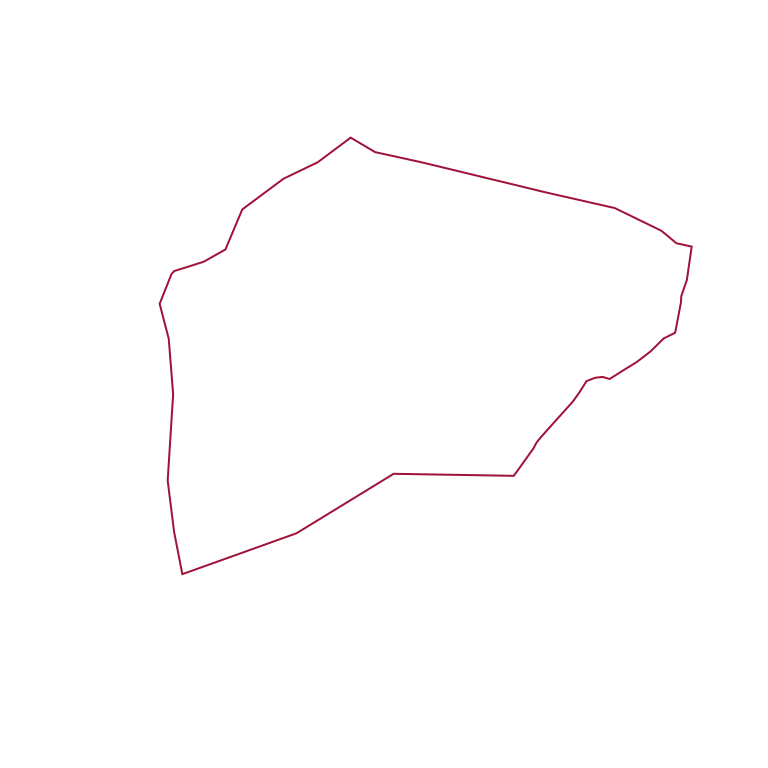 Rose Hill, Castries, Saint Lucia (Mercator projection), rotated 116°
{"feature_id": "8701671B64973472521789", "entity_name": "Rose Hill", "entity_type": "district", "adm_level": 2, "iso_a3": "LCA", "parent_name": "Saint Lucia", "parent_adm1": "Castries", "projection": "mercator", "projection_center": [-60.986, 14.008], "detail": "fine", "context": "isolated", "style": "outline", "palette": "rose", "viewbox_px": 768, "rotation_deg": 116, "n_neighbors": 0, "source": "geoboundaries", "source_scale": "gbopen_adm2", "svg_char_len": 682}
<svg xmlns="http://www.w3.org/2000/svg" viewBox="0 0 768 768"><g transform="rotate(116 384 384)"><path d="M125.6,167.7L129.3,182.9L124.7,201.8L124.7,253.6L140.7,321.8L168.1,446.6L179.5,493.7L177.2,522.0L213.8,540.8L243.5,564.3L289.2,587.9L332.6,585.5L353.2,599.7L374.4,622.0L378.3,623.2L410.3,620.8L437.7,597.3L485.7,569.0L565.6,536.1L609.0,507.8L643.3,481.9L556.5,397.2L460.5,336.0L409.7,227.2L403.6,226.0L376.5,221.5L369.6,221.2L362.0,219.4L316.7,206.5L305.9,204.7L292.5,203.2L285.8,196.9L281.8,190.6L280.6,183.4L266.1,174.5L253.9,166.7L237.6,158.6L220.4,152.6L210.3,144.8L180.3,152.9L174.8,155.3L157.7,157.4L125.6,167.7Z" fill="none" stroke="#9f1239" stroke-width="2"/></g></svg>